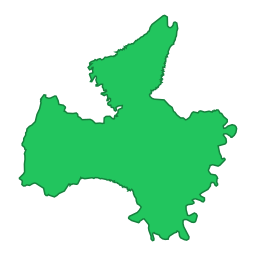 Bokong, Thaba-Tseka, Lesotho
{"feature_id": "5366337B35229058377929", "entity_name": "Bokong", "entity_type": "district", "adm_level": 2, "iso_a3": "LSO", "parent_name": "Lesotho", "parent_adm1": "Thaba-Tseka", "projection": "orthographic", "projection_center": [28.644, -29.377], "detail": "fine", "context": "isolated", "style": "filled", "palette": "green", "viewbox_px": 256, "rotation_deg": 0, "n_neighbors": 0, "source": "geoboundaries", "source_scale": "gbopen_adm2", "svg_char_len": 5823}
<svg xmlns="http://www.w3.org/2000/svg" viewBox="0 0 256 256"><path d="M168.3,239.1L168.3,238.2L169.4,236.1L174.4,232.9L176.4,232.3L177.1,231.0L179.0,232.1L179.5,235.8L180.6,237.8L184.3,239.6L186.7,240.1L188.7,238.9L189.0,236.9L183.7,226.7L183.0,223.6L183.1,220.4L184.6,219.5L186.9,219.6L191.8,222.2L193.9,222.4L195.2,221.8L195.8,220.8L197.2,215.8L196.3,214.0L194.4,213.0L189.6,215.6L187.6,215.3L186.1,209.7L186.0,206.1L187.7,204.7L192.2,204.1L194.0,203.0L193.9,202.1L192.2,200.1L193.5,199.2L195.5,198.8L200.3,200.4L202.2,201.7L203.5,201.8L204.5,200.3L204.4,197.9L201.0,196.2L199.8,194.4L202.1,192.6L207.9,189.4L210.4,185.9L210.5,184.1L211.5,182.5L213.4,182.5L214.3,183.2L215.0,185.1L216.2,186.0L217.6,184.9L217.6,183.9L216.7,182.2L217.0,178.9L217.6,178.4L216.9,176.6L215.5,175.0L210.8,174.2L208.8,171.5L208.4,170.1L210.0,166.3L209.9,165.5L212.7,164.7L218.1,166.1L220.0,165.1L224.9,160.0L225.1,159.2L224.1,158.2L222.3,159.0L221.6,158.4L221.1,156.1L219.6,153.0L218.1,145.9L224.9,144.0L225.7,143.4L226.4,142.1L226.0,138.7L223.3,135.1L223.8,134.0L226.1,133.7L227.3,134.2L230.6,136.4L230.9,137.2L231.9,137.3L234.3,135.2L235.9,132.5L236.6,128.6L236.0,126.8L234.7,125.4L232.1,124.7L228.0,126.1L225.5,128.1L223.8,128.3L223.2,126.1L223.5,125.3L224.5,125.0L227.3,121.8L227.2,119.6L223.5,116.5L221.6,113.5L220.1,113.1L218.3,110.1L216.7,109.9L215.6,110.8L214.2,110.3L213.8,111.2L212.6,111.0L212.1,112.1L209.1,111.2L204.6,112.1L200.7,110.9L199.3,111.2L198.0,112.9L193.3,111.9L191.8,113.1L189.7,117.3L186.8,119.5L185.4,119.8L183.4,118.0L180.5,117.9L176.9,115.0L174.9,112.3L173.6,111.5L172.1,107.4L168.9,105.1L164.1,99.9L154.4,99.2L152.1,98.4L150.1,96.6L149.5,94.8L149.9,94.0L150.9,93.8L151.5,92.8L151.1,92.3L151.7,91.2L151.3,90.5L153.0,90.7L153.4,89.8L155.6,89.4L156.0,87.8L156.8,88.3L157.6,87.0L158.2,87.2L158.9,85.4L160.8,83.9L160.9,82.9L162.0,82.4L160.5,81.1L162.2,79.8L161.8,79.6L161.9,79.2L161.1,79.1L162.0,78.6L161.4,78.2L161.4,76.7L162.1,76.3L162.0,75.7L163.6,75.0L163.6,74.4L162.4,74.6L163.4,73.8L162.4,72.6L163.9,71.3L162.1,70.5L163.5,69.7L163.0,69.2L162.8,67.3L164.6,67.4L164.4,66.7L164.9,66.1L165.0,65.2L164.3,63.6L165.1,63.3L164.7,62.5L165.2,61.7L165.7,61.7L165.8,59.6L165.3,59.0L166.0,58.0L165.8,57.0L167.4,56.8L166.8,55.2L168.5,53.5L168.1,51.8L169.8,47.5L171.5,45.3L173.8,44.0L173.5,42.7L174.4,41.6L174.5,40.3L175.2,40.0L175.5,37.7L176.4,35.9L176.8,31.3L177.7,28.7L176.8,23.1L175.2,22.1L174.1,22.3L173.5,23.1L173.1,25.1L171.8,26.9L170.4,27.7L169.1,27.5L167.7,26.1L167.5,25.2L167.3,17.0L164.7,15.4L163.1,15.8L152.0,24.5L150.2,27.4L149.2,31.1L148.4,31.3L146.8,33.6L144.2,34.9L143.1,36.3L140.8,37.3L138.8,39.2L137.8,39.4L136.6,40.7L135.8,40.6L133.3,43.7L131.7,43.7L130.6,44.4L128.4,44.3L127.4,45.7L126.0,45.8L126.1,47.9L124.3,46.7L124.1,49.3L123.0,48.7L122.3,50.0L120.4,49.5L119.3,50.7L118.5,50.0L117.5,51.8L115.9,52.1L117.2,52.6L117.0,54.1L116.6,54.8L115.8,54.6L115.2,55.8L114.0,55.9L113.8,56.5L110.9,56.2L106.9,57.4L105.1,57.2L103.2,59.3L101.6,59.8L100.1,58.7L97.6,59.5L96.8,60.4L95.1,59.6L94.3,60.6L91.2,61.7L89.6,63.1L89.8,64.3L91.5,64.0L88.1,67.4L89.6,69.8L91.3,69.1L92.2,67.4L93.0,67.4L92.5,70.3L92.9,72.1L92.6,72.9L89.9,73.6L89.5,74.3L91.5,79.6L90.5,81.5L91.7,81.7L95.0,76.3L95.8,76.1L96.3,76.6L96.5,78.1L95.9,79.9L96.8,82.8L97.7,83.9L97.5,84.4L96.0,84.9L96.1,86.0L97.9,86.0L100.9,84.2L102.6,84.3L102.4,87.1L103.3,88.3L103.8,90.6L104.5,90.8L105.9,89.9L106.6,91.1L104.7,92.6L101.5,93.1L101.2,93.9L104.2,95.6L106.2,94.6L107.1,94.8L107.9,97.8L106.9,100.3L107.1,100.7L108.2,100.2L109.3,98.3L110.4,98.6L110.6,100.8L108.2,102.5L107.7,103.8L108.2,104.9L109.8,105.6L110.7,105.1L111.3,107.3L113.6,107.7L114.4,110.4L115.6,111.0L116.6,109.9L115.8,107.8L116.3,107.2L118.5,105.9L122.3,105.5L122.0,108.1L119.0,109.3L118.1,110.5L117.9,112.9L116.2,114.7L117.5,116.1L116.7,116.5L114.9,115.7L114.3,117.3L114.5,118.4L113.9,119.0L112.5,118.6L109.9,116.3L106.1,116.4L104.2,117.9L104.0,123.1L102.4,123.5L99.9,123.1L95.4,123.4L92.4,120.5L90.2,119.4L82.1,119.7L80.0,117.5L78.0,116.6L77.6,114.2L76.3,113.0L73.0,113.5L67.3,113.2L65.2,111.4L64.3,111.3L64.7,108.9L65.4,107.9L65.3,107.0L63.3,105.2L58.9,104.4L58.1,100.6L56.1,96.2L54.9,96.0L50.4,98.1L48.6,98.3L46.1,97.5L45.6,96.8L45.7,95.1L44.0,94.8L40.9,98.9L41.3,99.2L40.7,99.8L41.0,100.3L40.6,101.2L41.0,102.9L39.6,108.9L37.0,114.5L35.3,121.6L31.7,125.2L29.4,126.4L27.0,128.9L26.6,131.7L25.7,132.8L25.7,135.1L23.8,138.3L23.6,141.0L22.1,143.6L22.2,145.4L24.5,147.4L24.9,149.3L25.9,149.7L24.4,153.9L24.9,155.4L25.0,159.4L24.4,164.1L24.6,172.0L23.4,174.0L19.4,178.0L19.5,178.8L21.9,180.3L22.3,181.5L21.9,184.5L23.4,185.9L25.2,185.9L26.7,184.9L29.6,185.4L32.7,183.6L34.7,183.0L35.9,183.3L43.6,188.2L44.9,194.2L46.1,195.5L47.6,195.5L48.4,194.5L49.3,195.2L54.4,196.9L56.8,195.5L59.0,193.5L64.4,191.0L68.9,184.0L69.7,184.2L70.0,185.5L70.9,184.3L71.7,184.5L72.8,183.8L76.8,184.3L77.8,183.7L80.8,177.7L81.2,178.5L82.0,178.0L84.8,178.7L92.1,177.7L93.9,178.4L95.0,177.6L97.9,177.7L100.4,178.8L101.7,178.5L106.5,179.5L107.0,180.0L109.2,179.7L109.4,180.4L110.1,180.1L110.4,180.8L111.1,180.2L113.1,181.4L114.0,181.1L113.7,181.8L114.4,181.6L114.5,182.4L117.2,182.6L117.5,183.3L118.6,183.6L120.1,185.3L121.0,185.1L122.2,185.8L122.2,186.7L122.9,187.3L123.3,186.7L124.3,186.5L125.1,187.5L126.9,187.3L127.5,188.1L127.1,188.8L128.4,190.1L128.1,190.7L129.0,190.4L129.3,189.5L130.4,190.7L131.6,189.3L132.1,189.6L133.3,191.9L133.5,193.7L134.5,196.2L136.1,198.5L136.3,200.9L137.3,203.8L139.6,205.2L141.2,207.1L139.4,210.2L137.3,212.5L129.4,216.3L128.6,217.7L128.7,218.5L131.6,220.5L138.6,222.7L139.4,222.1L139.4,221.5L143.0,219.0L144.2,218.9L148.7,224.6L148.9,225.9L148.5,227.9L149.0,230.6L151.0,236.1L151.1,239.0L152.4,240.6L153.7,240.3L154.0,238.9L152.6,234.1L152.9,233.2L154.2,232.6L154.9,233.5L159.2,235.0L160.3,237.1L162.6,238.8L165.2,239.4L168.3,239.1Z" fill="#22c55e" stroke="#15803d" stroke-width="1.5"/></svg>